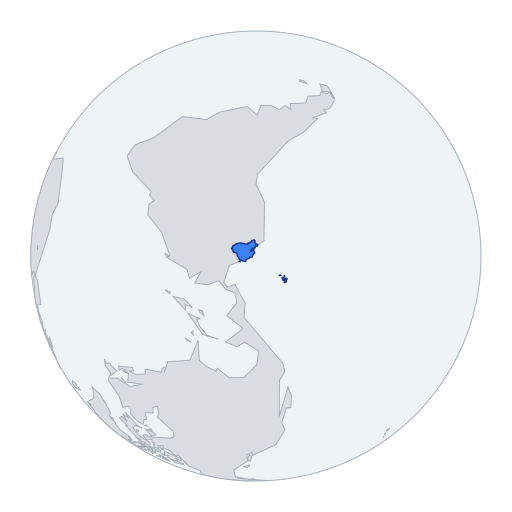 Ecuador highlighted on a globe, orthographic projection, rotated 212°
{"feature_id": "ECU", "entity_name": "Ecuador", "entity_type": "country or territory", "adm_level": 0, "iso_a3": "ECU", "parent_name": "South America", "parent_adm1": "", "projection": "orthographic", "projection_center": [-81.617, -1.768], "detail": "fine", "context": "on_globe", "style": "filled", "palette": "blue", "viewbox_px": 512, "rotation_deg": 212, "n_neighbors": 0, "source": "natural_earth", "source_scale": "50m", "svg_char_len": 10146}
<svg xmlns="http://www.w3.org/2000/svg" viewBox="0 0 512 512"><g transform="rotate(212 256 256)"><circle cx="256" cy="256" r="225" fill="#eef3f6" stroke="#a8b0b8"/><path d="M163.5,50.6L166.2,49.6L173.2,46.5L186.5,42.1L189.7,44.5L201.4,42.2L216.3,45.8L219.3,44.0L226.9,45.3L233.2,43.9L234.2,45.7L238.4,43.3L236.3,42.0L237.5,40.7L241.0,40.0L242.9,41.8L241.4,42.4L243.8,42.7L243.2,44.0L245.5,43.0L247.3,45.7L250.7,42.2L256.6,43.7L256.4,45.9L249.5,46.7L232.1,56.0L229.7,59.6L233.3,63.3L254.5,67.2L254.8,71.4L260.2,76.1L263.2,73.0L260.1,68.3L267.0,64.3L262.3,59.8L264.4,57.8L262.4,53.4L270.1,53.2L278.7,55.7L280.8,59.6L284.6,61.0L288.7,57.1L298.3,65.0L314.8,71.8L316.5,74.4L309.0,78.8L293.8,78.6L284.1,87.1L297.9,81.1L301.9,88.8L305.7,90.1L309.9,89.8L311.3,86.9L314.2,89.8L301.7,96.0L298.8,93.5L302.8,91.3L295.7,91.7L287.3,97.2L290.0,101.3L274.4,107.4L276.2,110.7L273.7,114.3L272.0,108.5L274.8,119.5L256.9,132.6L260.4,153.8L248.9,137.6L239.8,136.1L229.0,136.9L229.3,140.3L214.5,138.5L201.7,146.5L197.7,163.9L203.4,177.0L219.8,176.7L224.3,168.9L236.2,166.9L228.4,187.7L249.2,190.0L247.5,205.8L253.7,213.9L263.9,211.6L274.6,215.3L281.8,205.9L293.7,200.8L294.3,213.7L300.6,201.9L307.4,208.1L330.7,207.7L329.1,210.6L348.8,226.3L369.4,233.5L374.1,243.3L371.7,249.2L378.7,251.1L378.8,255.0L405.5,262.1L418.4,272.7L417.4,286.5L405.5,301.9L392.2,335.2L370.2,345.5L362.9,358.9L342.7,378.1L329.6,376.3L331.6,386.2L322.9,391.8L314.0,392.1L311.0,398.9L304.2,398.9L307.7,403.4L295.0,412.0L296.5,419.2L286.8,426.0L288.0,430.2L285.0,430.0L281.4,431.5L280.5,433.8L272.0,429.8L271.6,420.5L276.1,415.8L272.1,415.0L281.7,402.7L276.8,405.2L281.1,386.5L289.6,370.9L298.1,325.7L293.9,316.7L277.3,306.3L257.4,273.2L263.3,259.5L258.7,253.2L273.6,234.0L269.4,216.6L264.0,214.2L258.8,220.8L240.4,210.3L233.6,197.5L176.3,179.2L170.3,173.2L170.2,163.0L151.3,132.4L159.4,161.7L152.0,156.3L146.1,146.1L149.6,143.2L145.9,128.5L139.3,123.7L139.3,106.4L153.4,84.8L155.4,87.5L158.6,82.6L156.3,79.3L154.0,78.4L161.7,62.6L156.3,57.9L147.4,61.5L154.9,57.3L133.3,68.4L125.8,72.4L138.7,65.0L143.4,62.3L140.5,63.1L144.7,60.5L145.8,59.6L151.1,56.7L158.2,53.4L161.8,51.7L159.5,52.5L162.9,50.9L163.5,50.6ZM51.1,181.2L52.6,176.2L52.7,178.9L51.1,181.2ZM52.9,173.6L52.5,175.2L52.7,173.9L52.9,173.6ZM52.6,172.9L52.8,173.4L52.3,173.3L52.6,172.9ZM51.9,172.6L52.3,172.6L52.2,172.8L51.9,172.6ZM259.6,161.2L283.4,171.5L270.3,173.0L272.7,171.0L266.6,166.7L255.4,162.9L243.8,165.6L259.6,161.2ZM51.6,170.7L51.6,170.1L52.2,169.5L51.6,170.7ZM269.3,149.0L265.3,148.3L269.2,148.1L269.3,149.0ZM152.2,78.6L155.8,79.6L156.3,83.9L152.9,83.2L152.2,78.6ZM151.8,71.6L154.7,70.9L150.9,75.4L150.4,74.3L151.8,71.6ZM140.1,65.1L142.2,64.7L138.7,66.1L140.1,65.1ZM145.0,60.1L143.0,61.1L144.4,60.3L145.0,60.1ZM258.3,53.9L260.3,53.6L259.7,54.6L258.3,53.9ZM255.5,52.4L253.3,53.6L251.7,53.1L253.1,52.4L255.5,52.4ZM258.6,51.0L249.0,52.1L246.2,51.3L249.1,47.9L258.6,51.0ZM234.1,42.0L236.5,43.2L231.3,42.9L234.1,42.0ZM230.5,42.1L212.7,44.3L210.9,42.5L217.2,41.9L212.3,40.7L220.2,38.6L224.7,38.9L224.3,40.3L227.6,38.6L230.5,42.1ZM237.5,40.2L234.1,40.5L232.3,38.9L238.9,37.9L237.4,38.7L237.5,40.2ZM207.2,41.5L207.0,40.5L213.4,38.5L214.2,37.9L220.3,38.5L207.2,41.5ZM239.5,38.8L242.3,37.6L246.3,37.8L240.8,39.7L239.5,38.8ZM229.1,39.1L228.6,38.4L231.0,38.4L229.1,39.1ZM262.2,38.8L258.1,38.8L256.9,37.9L262.2,38.8ZM243.0,37.1L241.6,37.1L240.6,36.8L243.2,36.2L243.0,37.1ZM224.3,37.2L227.0,36.8L222.1,36.8L226.7,35.7L230.0,36.5L230.5,35.7L231.9,35.4L232.9,36.4L224.3,37.2ZM242.9,35.0L248.6,36.2L256.5,36.1L257.8,36.8L245.0,36.9L242.9,35.0ZM237.0,35.7L241.0,35.3L240.6,36.1L237.7,36.9L237.0,35.7ZM228.6,34.8L220.8,36.3L220.4,36.2L228.6,34.8ZM245.3,34.7L243.9,34.5L245.9,34.6L245.3,34.7ZM233.8,34.5L231.1,34.9L230.7,34.7L233.8,34.5ZM243.3,33.8L245.1,34.1L243.2,34.5L243.3,33.8ZM239.0,34.0L239.1,33.6L241.4,34.4L237.9,34.2L239.0,34.0ZM233.9,34.2L232.7,34.2L235.1,34.1L233.9,34.2ZM249.6,32.4L252.9,33.4L248.7,34.2L246.0,33.0L249.6,32.4ZM285.6,438.0L272.5,431.3L280.1,434.3L286.7,430.9L293.1,435.9L285.6,438.0ZM304.5,429.1L311.4,427.2L312.7,428.4L308.2,430.0L304.5,429.1ZM418.2,99.7L419.9,101.7L433.6,120.5L433.1,122.5L428.1,119.2L412.8,100.8L415.6,98.7L410.3,93.2L400.9,85.8L402.6,86.2L399.1,83.3L399.3,82.6L391.0,75.7L390.6,75.4L404.9,87.0L418.2,99.7ZM364.7,58.7L361.7,57.0L364.7,58.7ZM480.5,237.5L480.4,239.0L479.4,230.9L478.8,230.8L471.5,236.9L466.1,226.7L451.8,195.8L450.8,183.3L444.9,169.3L433.1,123.0L437.0,125.3L435.9,120.4L445.0,133.4L453.1,147.0L460.3,161.1L466.5,175.7L471.6,190.8L475.7,206.1L478.7,221.7L480.5,237.5ZM444.7,145.6L446.8,149.6L444.7,145.6ZM331.5,207.5L334.3,210.1L330.6,210.1L331.5,207.5ZM268.7,178.1L273.6,178.3L276.2,180.3L272.5,180.9L268.7,178.1ZM309.5,178.1L315.1,179.2L309.4,180.2L309.5,178.1ZM287.0,172.8L305.1,177.7L294.1,181.4L282.6,178.6L290.4,177.4L287.0,172.8ZM267.5,156.0L270.6,156.9L269.8,159.1L267.5,156.0ZM272.2,149.0L271.0,149.2L269.4,147.5L272.2,149.0ZM302.7,88.4L303.8,88.0L308.1,88.3L306.3,89.5L302.7,88.4ZM325.7,83.2L329.9,88.1L325.6,85.2L324.0,87.4L313.1,84.6L316.7,75.6L317.0,79.9L325.7,83.2ZM299.4,79.4L306.0,81.5L298.7,79.5L299.4,79.4ZM379.8,70.2L382.7,71.6L386.8,74.8L388.2,77.6L382.2,72.8L379.8,70.2ZM385.9,73.1L372.3,64.5L370.9,63.0L374.0,65.2L374.5,65.0L379.5,68.6L391.5,76.3L395.9,79.8L395.9,82.0L393.5,79.1L390.8,77.6L385.9,73.1ZM340.2,51.4L334.3,49.4L338.9,48.5L343.9,50.6L345.5,53.1L340.6,52.1L340.2,51.4ZM265.6,45.4L263.1,45.9L262.6,45.2L264.3,44.2L265.6,45.4ZM260.4,38.9L276.2,43.1L274.1,43.7L285.9,46.4L284.9,49.1L277.3,47.2L285.4,51.7L278.1,51.1L284.2,54.2L267.4,49.5L261.2,49.7L268.5,48.3L269.6,45.6L268.2,44.6L259.5,41.8L246.7,41.5L245.7,39.5L248.5,38.1L251.4,37.8L251.1,39.1L255.2,37.9L257.1,39.6L260.4,38.9ZM280.9,32.2L279.3,32.3L287.9,33.1L289.8,33.6L290.7,33.6L294.8,34.5L301.3,35.9L301.1,36.1L303.7,36.6L306.5,37.5L310.0,38.4L310.9,39.3L315.3,40.5L313.2,40.3L320.5,42.4L315.5,41.3L318.6,42.8L321.8,43.0L318.4,49.0L320.8,53.5L325.5,58.1L316.3,56.5L306.0,51.6L296.5,46.1L295.5,42.5L291.6,42.8L289.9,41.3L293.7,41.7L286.8,40.3L286.5,39.3L278.0,36.4L268.3,35.8L265.0,35.1L268.6,34.8L262.8,34.3L267.4,33.4L265.1,33.0L267.4,32.1L275.7,32.4L272.5,32.0L274.1,31.7L280.9,32.2ZM250.5,32.1L260.1,31.6L265.8,31.8L259.4,33.4L260.9,34.0L257.0,35.7L248.8,35.5L250.6,34.9L250.5,34.4L253.2,34.6L251.0,34.1L253.5,33.4L252.5,32.9L255.8,32.8L250.5,32.1Z" fill="#d9dde1" stroke="#a8b0b8" stroke-width="1"/><path d="M280.8,249.5L280.6,249.7L280.4,249.7L280.1,249.7L279.7,249.6L279.8,249.9L280.0,250.1L280.1,250.4L280.3,250.7L280.7,251.1L280.9,251.3L280.9,251.7L280.8,251.9L281.0,252.8L280.9,252.9L280.7,252.9L280.4,252.7L280.3,252.9L280.2,253.3L279.9,254.3L279.7,255.1L279.4,255.4L279.0,255.9L278.5,256.5L277.7,257.5L277.1,257.9L276.6,258.2L276.1,258.6L275.4,259.2L274.6,259.4L273.5,259.8L272.7,260.1L272.1,260.3L271.5,260.5L270.7,260.8L270.4,261.0L269.9,261.7L269.7,262.0L269.4,262.4L269.5,262.4L269.6,262.6L269.4,262.8L269.2,262.7L269.1,262.4L268.9,262.4L268.8,262.6L268.6,263.2L268.6,263.5L268.5,263.9L268.3,264.2L268.2,264.4L268.2,264.6L268.0,264.9L267.8,265.4L267.6,265.8L267.5,266.1L267.5,266.3L267.6,266.5L267.5,266.8L267.5,267.0L267.3,267.1L266.8,267.4L266.6,267.6L266.5,267.8L266.6,268.0L266.3,268.2L266.3,268.3L266.1,268.6L265.9,268.7L265.5,268.5L265.2,268.5L265.0,268.4L264.7,268.1L264.5,267.8L264.3,267.4L264.2,266.9L264.0,266.7L263.8,266.6L263.5,266.6L263.1,266.6L262.9,266.5L262.5,266.3L262.1,266.1L261.8,265.9L261.6,266.0L261.4,266.1L261.2,266.4L260.8,266.6L260.7,266.6L260.4,266.3L260.6,266.1L261.0,265.6L260.6,265.6L260.4,265.4L260.4,265.2L260.4,264.8L260.6,264.7L260.9,264.8L261.2,264.8L261.3,264.6L261.6,264.4L261.5,263.9L261.4,263.8L261.5,263.6L261.5,263.4L261.4,263.1L261.4,262.9L261.3,262.7L261.2,262.4L261.7,262.1L262.0,261.9L262.2,261.7L262.5,261.5L262.7,261.2L263.0,260.0L263.4,259.2L263.4,258.8L263.0,258.3L263.0,257.6L263.0,257.4L263.0,257.2L262.8,257.5L262.8,258.6L262.6,259.1L262.4,259.2L262.2,259.1L262.3,258.3L262.1,258.5L261.9,259.0L261.4,259.4L261.3,259.5L261.2,259.7L260.9,259.5L260.6,259.4L259.7,258.5L259.1,258.3L258.7,258.0L258.6,257.8L258.6,257.7L258.9,257.5L259.3,257.2L259.4,256.7L259.4,256.2L259.1,255.5L259.2,254.5L259.1,254.1L258.8,253.3L259.0,252.9L259.9,252.6L260.2,252.4L260.4,251.7L260.6,251.4L260.9,251.5L261.2,251.5L260.8,251.3L260.5,250.8L260.5,250.5L261.1,249.7L261.4,249.5L261.8,249.1L262.2,248.4L262.3,247.4L262.1,246.7L262.0,246.0L262.2,245.8L262.7,245.7L263.2,245.4L263.4,245.2L263.9,245.2L264.5,244.9L265.4,244.7L266.7,244.3L267.0,244.0L266.8,243.3L267.0,243.4L267.3,243.7L267.5,244.0L267.9,244.2L268.2,244.4L269.0,245.0L269.5,245.3L270.1,245.5L270.9,245.8L271.4,245.8L271.5,246.0L271.8,246.4L272.1,246.5L272.3,246.6L272.5,247.4L272.6,247.5L273.0,247.7L273.5,247.7L274.1,247.9L274.4,248.0L274.8,248.1L275.0,248.1L275.4,248.0L275.7,248.1L276.1,248.2L276.4,248.1L276.4,247.9L276.4,247.6L276.5,247.5L276.8,247.3L277.0,247.4L277.8,247.7L277.9,247.9L278.1,248.1L278.5,248.5L278.9,248.7L279.5,248.8L280.1,249.2L280.8,249.5ZM218.2,249.1L218.5,249.3L218.6,250.0L219.4,250.8L219.5,251.2L219.4,251.4L219.4,251.5L219.8,251.8L220.1,252.1L219.6,252.8L218.8,253.2L217.8,253.1L217.7,253.1L217.4,252.8L217.4,252.5L217.5,252.3L218.0,251.9L218.7,251.6L218.8,251.3L218.5,251.1L218.3,250.6L217.8,250.3L217.6,249.2L217.1,249.3L217.0,249.2L217.3,248.9L217.4,248.7L217.9,248.7L218.1,248.8L218.2,249.1ZM221.9,252.2L221.7,252.2L221.1,251.8L221.1,251.4L221.3,251.2L222.1,251.0L222.4,251.3L222.4,251.7L222.1,252.0L221.9,252.1L221.9,252.2ZM261.8,260.7L261.8,260.9L261.4,260.9L261.3,260.7L261.4,260.1L261.5,259.9L261.8,259.7L262.0,259.5L262.4,259.6L262.7,259.8L262.3,260.1L262.1,260.2L261.8,260.7ZM217.6,251.0L217.2,251.0L216.9,250.9L216.8,250.7L216.7,250.4L216.8,250.3L217.5,250.2L217.7,250.4L217.7,250.8L217.6,251.0ZM225.4,252.7L225.0,252.9L224.8,252.8L224.7,252.7L224.9,252.4L225.2,252.2L225.4,252.0L225.8,251.8L226.0,251.9L226.0,252.0L225.9,252.2L225.7,252.4L225.4,252.7ZM220.9,250.4L220.7,250.6L220.0,250.4L219.8,250.2L220.0,249.9L220.6,249.9L221.0,250.2L220.9,250.4ZM221.5,254.4L221.4,254.4L221.1,254.2L221.3,253.9L221.5,254.0L221.5,254.4ZM266.6,244.1L266.4,244.2L266.6,243.8L266.7,243.7L266.6,244.1Z" fill="#3b82f6" stroke="#1e3a8a" stroke-width="1.5"/></g></svg>